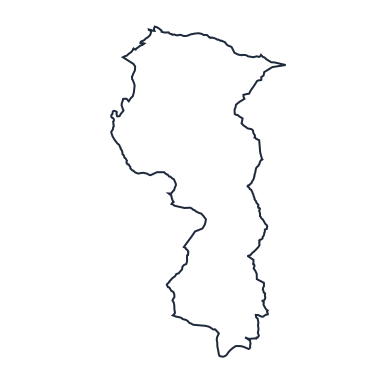 outline of Scarisoara, Alba, Romania, rotated 186°
{"feature_id": "2599482B60585043995143", "entity_name": "Scarisoara", "entity_type": "district", "adm_level": 2, "iso_a3": "ROU", "parent_name": "Romania", "parent_adm1": "Alba", "projection": "equal_earth", "projection_center": [22.873, 46.485], "detail": "fine", "context": "isolated", "style": "outline", "palette": "slate", "viewbox_px": 384, "rotation_deg": 186, "n_neighbors": 0, "source": "geoboundaries", "source_scale": "gbopen_adm2", "svg_char_len": 6053}
<svg xmlns="http://www.w3.org/2000/svg" viewBox="0 0 384 384"><g transform="rotate(186 192 192)"><path d="M246.3,352.6L247.0,350.0L246.1,348.3L249.8,348.3L249.9,348.9L250.8,349.0L251.2,348.7L251.9,349.0L251.8,348.6L249.7,348.1L249.8,347.5L249.5,346.8L249.6,345.6L250.1,343.6L252.1,341.2L253.9,339.9L255.3,338.2L256.9,337.0L257.9,336.7L258.6,336.1L258.9,334.8L257.6,334.6L256.0,334.9L254.9,334.7L256.5,333.2L258.8,332.1L260.8,330.1L262.8,328.5L262.8,327.8L263.0,327.7L264.4,328.0L265.1,328.6L265.4,328.2L265.7,327.1L266.8,325.1L269.6,322.6L270.6,321.3L271.4,320.6L272.3,320.4L274.8,318.8L263.7,313.3L261.8,311.1L261.6,310.3L261.5,306.9L262.8,303.5L263.3,301.5L263.8,300.4L263.3,297.9L262.5,297.0L260.9,293.8L260.2,292.1L260.2,285.3L260.9,281.0L262.6,279.1L264.4,275.6L266.9,277.9L270.1,277.5L270.4,277.1L270.3,275.9L271.1,273.1L271.1,270.9L269.3,266.9L268.8,266.4L268.7,265.6L271.0,262.2L272.0,259.9L272.9,259.5L273.9,259.4L274.5,259.6L275.3,262.0L275.1,263.6L275.6,264.1L277.9,264.6L278.8,264.2L279.2,263.5L279.3,261.1L280.2,260.2L280.2,258.6L279.5,257.6L278.2,257.2L277.4,256.3L277.2,255.3L277.3,254.3L277.8,253.7L277.2,251.6L277.2,250.8L276.6,249.6L277.1,248.3L277.0,248.0L277.2,247.6L277.3,245.8L278.6,243.4L278.2,242.0L276.8,239.0L274.4,235.8L271.3,232.5L269.3,231.2L268.4,229.4L267.6,228.5L267.5,227.4L266.2,226.2L265.3,224.0L265.0,222.2L263.8,221.5L262.7,219.0L261.7,218.6L260.0,216.3L260.3,215.2L260.0,213.8L259.3,213.4L259.0,212.8L258.1,212.9L257.6,212.5L257.3,211.9L255.9,210.3L255.8,209.1L253.7,207.3L252.6,207.1L250.7,205.6L247.6,204.7L242.8,206.0L238.7,205.6L236.0,204.4L235.0,204.4L228.9,208.0L221.9,208.8L219.3,206.9L218.1,206.8L216.3,205.0L215.1,205.0L213.1,203.5L211.3,202.7L208.9,198.4L208.7,197.1L209.5,194.6L210.1,191.7L210.8,191.2L212.1,189.0L213.2,188.2L215.1,188.1L213.9,187.3L212.4,186.8L212.1,186.1L212.1,185.4L211.8,185.1L211.5,183.9L210.3,181.4L209.2,180.2L210.4,179.2L211.1,177.9L209.6,177.5L207.8,176.5L197.8,175.3L192.2,176.2L190.1,175.4L189.3,174.6L187.9,174.3L185.8,173.0L183.1,172.0L180.4,171.4L178.0,169.2L175.3,166.3L175.4,163.9L175.9,160.8L177.8,156.8L184.9,153.0L187.9,147.4L194.4,136.4L192.3,135.5L192.1,134.7L190.7,134.0L189.4,132.4L189.6,131.1L189.3,130.7L189.4,128.9L190.1,128.7L190.3,128.2L189.7,123.0L189.8,121.4L190.3,119.7L192.3,118.6L193.7,116.7L193.8,113.9L195.8,111.3L196.6,109.8L199.0,108.8L200.1,106.4L202.5,104.3L205.2,100.6L205.1,100.2L207.4,97.4L206.7,96.0L205.9,94.8L204.6,94.7L202.3,91.6L201.0,91.1L199.9,90.4L198.9,88.3L198.5,85.6L199.1,84.7L200.1,82.1L198.8,80.5L197.9,78.0L197.3,74.2L197.3,73.3L196.8,72.1L196.3,69.9L197.0,68.6L198.2,67.3L195.2,66.5L190.1,65.9L189.4,65.7L188.1,64.7L184.5,64.1L182.7,63.2L180.9,61.5L178.9,61.0L177.5,60.3L176.2,60.1L164.8,60.3L161.6,59.9L159.6,59.2L156.6,57.5L155.7,57.5L154.9,57.9L154.4,57.6L150.5,54.2L151.9,50.1L152.0,47.8L151.1,44.7L150.7,41.4L148.3,33.4L147.7,32.1L147.3,31.7L144.0,31.4L142.9,31.8L141.3,32.9L140.4,33.8L139.0,36.5L137.4,38.7L135.2,41.0L132.6,43.2L130.8,43.6L126.5,43.8L123.3,43.1L119.3,41.8L118.5,42.3L117.9,43.3L118.2,45.7L117.9,47.1L118.8,50.3L124.0,53.0L121.1,52.1L119.5,51.9L114.3,53.0L112.9,52.9L112.6,54.0L111.6,54.0L110.8,55.3L110.5,56.1L111.8,58.9L111.5,62.4L112.5,66.8L112.2,68.5L113.4,72.8L115.1,74.1L115.7,76.4L113.3,76.5L110.1,75.4L108.7,75.3L108.1,75.6L105.8,77.6L103.8,78.2L103.8,78.7L104.9,80.8L104.3,82.0L106.1,83.1L107.9,85.5L109.1,87.4L109.2,88.8L109.0,89.1L109.0,89.8L110.6,91.1L110.5,91.3L109.2,91.6L108.8,92.0L108.2,93.5L108.1,94.9L108.7,96.4L108.7,98.8L110.1,99.5L110.7,101.3L111.4,102.4L111.2,104.2L110.6,106.1L111.0,109.2L118.4,112.1L119.1,117.4L121.0,120.6L122.7,122.3L122.1,125.0L122.6,126.4L123.5,126.4L123.7,127.2L123.5,128.3L123.7,129.7L123.7,130.9L129.6,134.0L129.6,134.3L127.3,135.4L125.4,138.1L124.6,138.7L122.4,141.3L120.3,144.1L119.3,146.3L119.5,147.2L119.8,147.9L119.6,148.5L119.9,149.2L119.6,150.0L120.1,150.8L119.6,151.5L117.9,152.2L117.0,153.2L117.0,154.8L116.2,155.9L115.8,157.9L115.9,158.9L115.4,159.9L115.6,162.1L115.3,162.5L113.8,163.0L113.6,166.0L114.2,166.9L115.7,167.9L118.6,172.0L120.2,173.0L121.4,174.9L121.9,175.1L122.1,177.9L123.3,180.3L123.0,180.7L122.7,182.6L123.4,183.2L124.1,183.1L124.9,184.3L124.5,185.6L125.0,186.5L126.7,187.9L127.2,189.3L129.1,191.3L129.1,192.3L130.2,194.2L130.6,195.5L133.0,199.8L133.4,200.4L134.8,200.9L135.2,201.8L136.3,202.8L137.2,203.2L137.2,204.1L135.3,205.3L134.8,206.2L133.9,206.9L133.3,208.9L132.3,210.7L131.9,212.3L131.7,214.3L131.4,214.6L131.7,215.7L131.1,218.0L131.0,220.5L130.7,222.5L129.6,224.2L128.7,224.9L128.6,225.7L128.0,226.4L127.6,228.9L126.8,230.8L125.9,231.2L125.4,231.8L125.9,232.2L128.3,238.4L130.6,250.5L133.8,251.6L134.7,252.6L135.5,252.7L135.2,253.9L135.4,255.0L136.0,255.5L137.2,257.4L137.6,258.4L137.7,259.5L139.4,260.7L143.5,261.1L144.9,262.1L147.7,263.5L148.9,264.7L149.9,265.4L149.7,266.6L149.4,270.5L152.3,271.8L154.6,273.3L156.3,273.4L157.6,274.0L158.2,277.5L158.1,279.2L157.5,281.0L157.4,283.4L154.2,286.6L149.6,290.1L150.7,292.1L151.0,294.0L147.4,295.3L145.8,295.6L145.4,295.9L144.7,298.0L143.2,301.1L142.4,302.2L138.8,309.3L137.3,310.0L135.4,310.4L134.8,310.7L134.9,312.2L135.2,313.4L133.0,315.3L132.7,318.8L125.2,324.6L112.1,328.1L123.6,329.5L126.7,329.3L132.4,332.0L132.8,332.6L134.3,333.5L135.4,333.6L137.7,335.5L137.8,335.1L138.7,333.7L139.7,333.3L140.6,333.6L141.7,333.7L145.1,332.5L150.6,332.8L151.5,333.4L153.3,333.8L156.3,333.6L157.0,333.2L159.9,333.4L161.7,333.9L164.4,335.0L167.7,340.2L168.1,340.5L171.7,341.5L173.2,342.5L173.6,343.2L174.4,343.7L174.8,344.4L178.6,345.6L179.1,345.3L181.7,346.3L182.6,346.1L184.2,346.9L186.7,347.5L188.6,347.7L189.5,347.2L189.9,347.2L190.7,347.6L190.8,347.9L191.2,347.8L193.3,349.6L194.7,349.7L196.7,349.3L198.9,350.3L202.0,350.6L204.0,350.2L206.1,349.8L208.0,349.1L209.2,348.9L212.8,347.0L214.9,346.4L216.6,346.3L219.6,347.1L220.8,347.0L222.2,346.4L224.0,346.2L225.8,346.8L227.8,346.3L228.2,346.4L228.5,346.9L230.0,347.0L231.1,347.4L231.9,348.3L236.1,347.7L239.1,348.2L239.2,349.4L242.4,351.4L244.3,352.3L245.3,352.3L246.3,352.6Z" fill="none" stroke="#1e293b" stroke-width="2"/></g></svg>